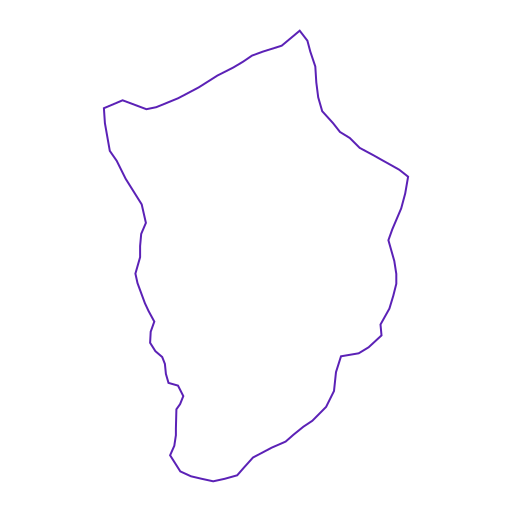 outline of Kornokipos, Cyprus
{"feature_id": "46923920B14049283421613", "entity_name": "Kornokipos", "entity_type": "district", "adm_level": 2, "iso_a3": "CYP", "parent_name": "Cyprus", "parent_adm1": "", "projection": "mercator", "projection_center": [33.572, 35.273], "detail": "fine", "context": "isolated", "style": "outline", "palette": "violet", "viewbox_px": 512, "rotation_deg": 0, "n_neighbors": 0, "source": "geoboundaries", "source_scale": "gbopen_adm2", "svg_char_len": 1157}
<svg xmlns="http://www.w3.org/2000/svg" viewBox="0 0 512 512"><path d="M170.1,455.3L180.3,471.4L191.0,476.3L201.7,478.8L213.2,481.3L224.7,478.8L237.2,475.3L244.1,467.4L253.0,457.5L271.8,447.6L285.6,441.6L293.5,434.7L303.4,426.7L312.3,420.8L326.1,406.9L334.0,391.0L336.0,372.1L341.0,356.3L358.7,353.3L368.6,347.3L381.5,335.4L380.5,324.5L389.4,308.6L393.3,295.7L396.3,283.8L396.3,273.9L394.3,261.0L388.4,240.2L392.3,229.3L401.2,208.4L405.2,193.5L408.1,176.7L399.2,169.7L381.5,159.8L372.6,154.8L359.7,147.9L349.8,138.0L340.0,132.0L333.0,123.1L322.2,111.2L318.2,97.3L316.3,82.4L315.3,66.5L310.3,51.6L307.4,40.7L299.7,30.7L281.7,45.7L262.9,51.6L252.0,55.6L243.2,61.6L233.3,67.5L217.5,75.5L198.7,87.4L178.0,98.3L156.2,107.2L146.4,109.2L122.6,100.3L103.9,108.2L104.9,123.1L109.8,150.9L116.7,160.8L125.6,178.7L141.7,204.4L145.9,222.9L141.2,233.9L140.1,246.1L140.1,257.2L135.4,273.6L137.5,283.1L144.9,303.2L148.6,311.1L154.3,321.6L150.7,331.7L150.1,342.8L155.4,351.2L162.2,357.0L164.9,363.9L165.9,373.9L168.5,382.9L178.0,385.6L183.3,396.1L180.1,404.1L176.4,409.3L175.9,428.4L175.9,435.2L174.3,445.8L170.1,455.3Z" fill="none" stroke="#5b21b6" stroke-width="2"/></svg>